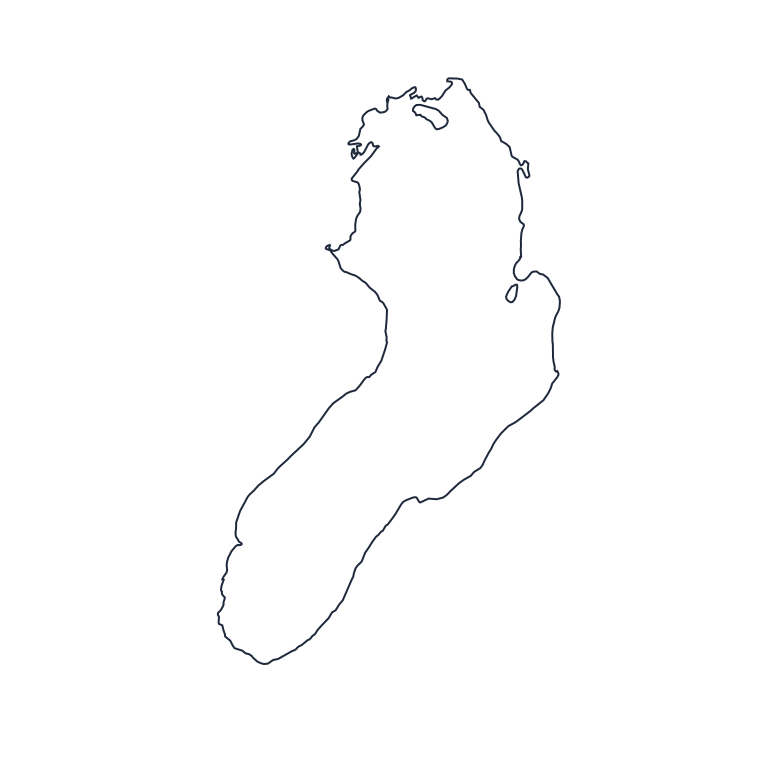 Lago de Yojoa, Cortés, Honduras (Equal Earth projection), rotated 29°
{"feature_id": "27666195B21921991690225", "entity_name": "Lago de Yojoa", "entity_type": "district", "adm_level": 2, "iso_a3": "HND", "parent_name": "Honduras", "parent_adm1": "Cortés", "projection": "equal_earth", "projection_center": [-88.001, 14.865], "detail": "fine", "context": "isolated", "style": "outline", "palette": "slate", "viewbox_px": 768, "rotation_deg": 29, "n_neighbors": 0, "source": "geoboundaries", "source_scale": "gbopen_adm2", "svg_char_len": 6146}
<svg xmlns="http://www.w3.org/2000/svg" viewBox="0 0 768 768"><g transform="rotate(29 384 384)"><path d="M442.5,643.7L443.1,642.2L443.5,639.2L444.9,636.3L445.2,631.3L446.6,625.0L449.1,615.7L449.3,608.9L451.4,605.4L451.7,598.7L452.8,593.1L450.6,570.9L450.5,567.2L449.5,564.5L448.5,559.0L448.8,556.0L450.2,551.4L450.5,549.5L449.3,540.7L450.0,534.3L450.3,527.5L451.1,521.4L452.3,518.6L452.9,514.9L454.1,512.9L454.2,507.3L455.4,504.9L455.7,503.1L457.0,493.1L457.4,480.9L457.8,478.2L459.4,475.3L463.8,469.9L465.7,468.1L467.5,467.5L471.8,470.0L473.1,470.1L478.6,462.6L486.0,459.2L490.7,454.7L492.7,450.6L494.0,445.6L497.8,434.1L500.6,428.4L504.4,422.3L505.5,417.0L509.0,410.9L509.5,407.0L509.1,402.2L508.9,393.0L509.2,388.9L508.8,383.5L509.2,378.2L510.3,370.5L513.2,360.5L517.7,353.4L525.1,336.6L526.2,333.2L531.3,320.9L532.1,313.0L531.9,307.3L530.9,302.0L532.2,294.2L532.2,291.7L531.5,290.3L529.6,288.8L529.1,288.7L528.7,289.6L528.0,289.7L526.2,288.6L524.7,285.8L521.9,282.8L519.0,278.9L512.3,267.2L510.6,265.0L506.6,258.1L504.1,252.5L501.6,243.3L501.3,241.0L501.2,235.8L500.5,232.2L497.8,226.4L494.9,222.8L492.4,221.7L475.7,211.9L470.1,211.1L467.1,212.1L462.8,211.6L460.2,213.3L459.0,214.9L457.9,221.2L457.1,223.6L455.8,225.6L453.9,227.0L451.1,227.9L449.4,227.8L446.2,226.2L443.7,224.0L441.9,220.6L441.1,216.9L441.1,214.2L442.2,209.4L442.2,208.2L441.5,206.9L441.7,206.5L442.2,206.6L442.3,206.3L438.5,200.3L436.8,196.7L434.2,192.3L431.0,185.3L430.1,181.9L429.9,178.7L429.4,177.3L428.7,176.6L424.7,176.1L422.1,174.1L421.1,171.5L420.8,167.5L420.3,164.4L416.1,156.8L414.4,154.3L404.4,143.1L397.9,133.4L397.6,131.7L397.7,130.4L398.3,129.6L399.3,129.2L400.5,129.3L401.8,130.0L407.8,134.4L409.1,134.2L410.1,132.8L410.3,131.8L410.1,131.1L405.7,126.4L403.3,121.1L401.8,121.0L400.4,120.4L398.9,120.9L398.6,121.5L399.0,122.9L398.9,124.6L398.4,125.8L397.8,126.3L396.3,125.8L393.9,123.9L391.9,123.0L385.8,123.0L384.8,122.3L379.0,115.8L374.6,114.8L368.6,114.7L366.7,112.7L364.5,111.3L361.0,109.9L357.9,109.0L349.1,104.6L346.9,103.1L342.8,99.2L338.0,95.9L333.3,95.2L330.8,92.2L318.7,87.4L316.5,85.1L315.3,86.0L313.6,85.7L309.1,82.2L304.8,79.8L300.3,81.2L292.4,85.3L291.8,86.3L291.9,87.6L292.6,88.6L295.2,87.4L296.6,87.2L297.7,87.9L298.1,89.2L297.4,93.0L295.5,97.5L295.1,104.3L294.1,107.7L293.4,109.1L291.8,109.8L290.0,109.3L287.6,111.8L283.5,113.0L283.0,113.7L282.8,116.7L282.1,117.3L280.2,117.0L278.7,115.0L277.6,114.4L276.3,115.3L276.0,116.4L275.4,117.0L272.7,115.8L269.4,121.3L266.7,118.7L269.1,114.9L269.7,112.6L269.1,110.7L267.7,109.3L267.2,109.3L265.4,111.2L263.9,114.8L262.0,117.8L260.7,122.4L257.9,126.9L255.7,128.7L251.7,129.7L250.5,130.6L248.7,130.0L248.4,132.7L248.7,134.2L249.1,134.7L249.5,132.9L250.1,133.3L250.8,136.6L251.9,139.0L253.8,141.8L253.6,143.5L253.1,145.0L252.0,146.4L248.9,148.6L245.6,148.3L243.6,147.3L242.5,147.5L238.0,152.7L237.0,154.7L235.8,158.8L235.8,160.6L236.3,162.2L237.3,163.8L240.7,166.7L240.5,169.6L239.7,172.5L241.7,179.2L241.4,182.1L241.0,183.4L239.7,185.4L236.8,188.1L236.1,190.7L236.6,191.4L238.1,191.1L244.7,186.2L246.7,185.4L247.9,185.7L248.0,186.2L247.7,187.0L245.0,189.3L248.3,193.4L248.7,194.5L248.7,195.3L247.4,195.9L247.0,196.6L246.4,196.9L245.8,196.5L245.0,194.3L244.1,193.1L243.4,193.2L242.9,194.3L244.1,198.6L246.1,200.7L248.0,201.7L248.6,200.5L249.4,193.8L251.5,193.8L252.3,194.9L253.2,194.1L253.6,193.2L254.2,190.8L254.0,182.3L254.3,180.8L254.9,179.4L255.8,178.6L256.7,178.7L257.8,179.4L258.8,180.6L259.8,181.0L261.1,180.5L263.3,178.6L264.3,178.8L264.2,179.7L263.6,180.7L263.3,182.0L262.2,191.0L259.6,200.1L257.8,208.2L257.6,211.4L256.3,219.0L256.3,220.2L256.9,221.2L257.9,221.6L263.1,220.5L264.0,220.7L265.9,222.2L268.3,225.0L268.9,226.1L269.1,227.5L269.6,228.5L274.2,234.5L275.5,238.2L278.3,241.8L279.0,243.2L279.6,245.2L279.2,250.1L279.5,253.0L281.5,258.4L284.8,264.1L284.5,265.4L283.4,267.4L283.1,270.2L283.3,271.6L284.6,273.9L284.6,274.9L281.6,279.9L280.7,282.2L279.4,283.0L278.7,284.0L278.9,288.0L278.8,288.5L275.9,291.8L273.9,292.4L270.4,292.1L270.0,291.3L269.6,288.9L269.1,288.7L268.1,289.8L267.1,291.5L267.0,292.7L267.3,293.6L267.9,293.9L272.4,293.2L275.5,294.9L282.5,297.3L284.6,298.6L289.8,303.6L292.6,304.7L295.0,305.0L297.4,304.3L300.7,304.1L307.1,303.0L311.2,303.4L314.9,304.2L318.9,304.4L324.9,306.7L331.6,307.8L335.3,309.4L339.9,313.1L342.8,313.2L344.2,313.6L350.2,317.3L350.9,318.1L355.2,326.7L358.9,334.9L359.5,337.0L363.2,341.3L364.4,343.2L365.2,345.1L366.5,346.1L368.2,353.1L370.4,364.9L370.1,372.1L370.7,377.7L368.3,382.2L367.7,385.2L366.2,385.8L365.2,387.1L364.6,389.1L363.6,397.0L362.2,403.3L358.2,407.2L355.7,410.6L353.7,415.5L349.0,425.3L347.5,432.0L345.6,449.2L344.2,455.7L344.6,466.2L342.8,475.7L337.4,492.3L336.2,496.9L332.9,506.5L331.9,510.3L331.2,515.6L326.0,527.0L323.3,533.8L321.9,540.1L320.1,545.7L319.5,548.8L319.7,564.8L321.8,576.7L324.7,582.2L325.9,585.3L327.6,588.2L329.1,589.7L330.6,590.3L333.6,592.2L336.7,592.4L337.2,593.3L336.6,594.3L335.6,595.1L334.1,595.6L332.9,597.9L331.7,604.2L331.9,611.2L332.9,615.6L334.3,618.9L337.1,622.9L337.7,625.5L337.1,630.2L337.3,633.3L338.7,632.9L339.8,639.5L340.9,642.4L341.8,643.7L342.9,644.1L343.5,645.4L344.6,646.6L348.3,647.9L349.0,650.0L349.3,652.0L350.0,653.9L350.6,654.5L350.9,656.5L350.9,661.0L349.8,664.6L350.3,666.0L351.1,666.8L352.1,667.2L353.0,668.5L355.0,672.9L356.0,673.8L359.6,673.5L363.1,677.3L366.4,680.2L367.4,681.8L373.9,683.0L379.2,686.5L381.5,687.5L389.5,685.9L393.2,686.7L397.2,685.7L400.2,686.0L402.1,686.9L407.9,688.2L411.6,687.9L414.7,687.2L418.1,684.8L420.7,679.3L424.7,675.8L433.0,662.3L435.1,659.7L435.5,658.9L436.3,655.6L438.7,651.9L441.4,645.0L442.5,643.7ZM306.6,135.7L304.7,135.4L299.0,132.1L296.8,131.6L292.5,131.8L290.7,131.1L287.0,131.6L285.3,130.9L282.0,133.3L280.6,132.1L279.3,131.4L277.0,131.1L276.1,129.4L276.0,127.1L277.0,124.3L280.5,122.2L296.0,118.4L299.2,118.4L304.7,120.3L310.1,120.9L312.3,123.0L312.9,125.6L312.6,128.2L310.9,131.2L308.5,134.2L306.6,135.7ZM455.0,251.2L452.2,251.1L450.0,250.3L448.5,248.6L448.0,245.4L448.0,241.5L448.4,236.8L449.4,235.9L451.0,233.2L452.3,232.8L453.6,234.6L456.8,242.9L457.3,246.9L456.6,250.0L455.0,251.2Z" fill="none" stroke="#1e293b" stroke-width="2"/></g></svg>